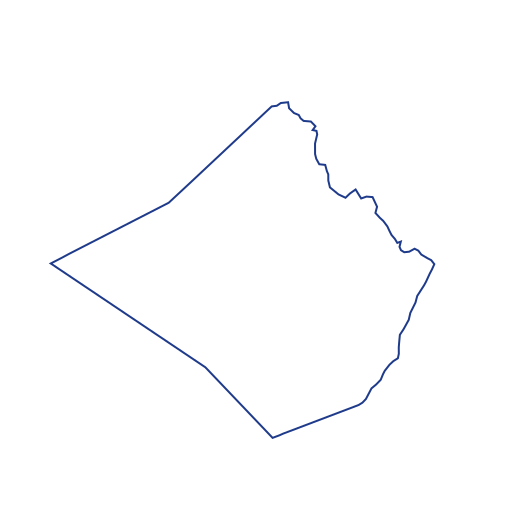 Amapá do Maranhão, Maranhão, Brazil (Albers equal-area conic projection), rotated 300°
{"feature_id": "56859067B53661341879056", "entity_name": "Amapá do Maranhão", "entity_type": "district", "adm_level": 2, "iso_a3": "BRA", "parent_name": "Brazil", "parent_adm1": "Maranhão", "projection": "albers", "projection_center": [-45.895, -1.657], "detail": "fine", "context": "isolated", "style": "outline", "palette": "blue", "viewbox_px": 512, "rotation_deg": 300, "n_neighbors": 0, "source": "geoboundaries", "source_scale": "gbopen_adm2", "svg_char_len": 1170}
<svg xmlns="http://www.w3.org/2000/svg" viewBox="0 0 512 512"><g transform="rotate(300 256 256)"><path d="M156.7,88.3L146.9,82.0L134.3,267.8L106.8,361.3L112.5,366.0L115.7,368.3L178.3,419.4L182.2,421.5L187.1,422.7L199.1,422.2L204.8,424.3L211.2,425.9L217.1,425.1L220.9,424.9L228.7,426.0L233.6,427.5L238.4,430.0L242.7,428.6L248.3,425.3L253.8,422.7L259.7,420.0L266.4,420.4L277.1,420.2L283.9,418.1L295.4,417.4L302.0,415.6L314.7,416.2L318.8,416.1L327.5,415.3L332.4,415.1L338.1,414.5L340.0,409.8L339.8,405.4L339.9,398.4L341.8,393.9L341.6,389.7L336.3,386.5L333.4,382.5L333.5,378.7L335.7,375.7L340.9,374.2L338.0,371.8L340.2,367.8L342.0,362.8L344.4,359.1L347.3,355.0L350.0,348.7L351.0,344.2L353.0,337.9L359.2,336.2L365.3,327.5L362.7,322.0L358.4,318.3L363.4,309.0L357.1,306.1L351.2,304.4L350.6,296.6L352.4,285.7L357.5,280.9L362.8,277.8L365.0,274.9L369.5,270.4L367.1,264.9L370.3,259.6L373.8,256.2L382.9,250.9L391.9,248.2L394.6,245.8L393.4,242.1L398.1,242.6L399.9,236.3L396.8,229.7L397.5,225.8L399.5,222.5L398.8,217.4L400.5,210.8L405.2,206.9L400.9,201.0L396.5,198.9L393.4,194.8L285.2,162.0L258.5,153.8L164.3,93.0L156.7,88.3Z" fill="none" stroke="#1e3a8a" stroke-width="2"/></g></svg>